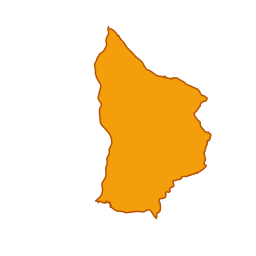 map outline of Lunda Sul (Equal Earth projection), rotated 313°
{"feature_id": "AGO-1875", "entity_name": "Lunda Sul", "entity_type": "Province", "adm_level": 1, "iso_a3": "AGO", "parent_name": "Angola", "parent_adm1": "", "projection": "equal_earth", "projection_center": [20.634, -9.903], "detail": "fine", "context": "isolated", "style": "filled", "palette": "amber", "viewbox_px": 256, "rotation_deg": 313, "n_neighbors": 0, "source": "natural_earth", "source_scale": "10m", "svg_char_len": 5750}
<svg xmlns="http://www.w3.org/2000/svg" viewBox="0 0 256 256"><g transform="rotate(313 128 128)"><path d="M188.3,44.8L188.0,45.1L187.8,45.7L188.3,47.0L189.2,49.1L189.5,51.4L189.4,53.7L188.4,57.8L188.6,57.9L188.7,58.0L188.9,58.1L189.2,58.1L188.5,59.8L188.1,61.4L187.2,68.7L186.9,69.0L186.6,70.8L186.2,72.1L185.9,76.3L186.0,79.0L185.4,85.1L185.9,90.5L185.8,92.6L185.4,94.8L184.2,98.1L183.9,100.0L183.5,101.1L183.5,101.8L183.6,102.3L184.3,103.4L184.6,104.0L185.1,106.1L185.5,110.8L185.9,113.0L186.9,115.1L189.4,118.5L189.9,120.6L190.2,120.4L190.8,120.1L191.0,119.9L191.1,121.6L191.6,123.1L193.8,126.6L194.2,126.9L194.5,126.8L194.8,126.4L195.2,126.7L195.9,127.5L197.4,128.8L197.9,129.6L198.2,130.8L198.5,132.6L199.3,135.5L199.7,137.8L199.9,138.4L199.6,140.1L200.3,142.5L201.3,144.9L202.0,147.4L202.9,149.6L203.2,151.2L203.8,152.1L203.9,152.7L203.9,153.3L203.7,154.4L203.6,154.9L203.4,155.7L202.5,157.6L202.3,158.7L202.4,159.8L202.7,160.6L203.2,161.3L203.6,162.4L203.7,164.6L203.7,165.6L202.2,166.3L201.0,166.4L200.7,166.3L200.4,166.2L200.2,166.1L199.6,165.5L199.1,165.2L197.0,164.5L196.6,164.5L195.8,164.5L195.5,164.5L195.2,164.4L194.8,164.5L194.5,164.9L194.2,165.2L194.1,165.4L193.5,165.7L187.0,166.5L184.6,166.4L183.9,166.4L183.5,166.6L183.2,167.0L183.0,167.4L182.3,169.0L181.9,170.6L181.7,172.2L181.5,173.0L181.4,173.3L181.4,174.0L181.6,176.0L181.6,176.3L181.4,176.7L181.2,177.1L180.0,178.3L179.6,178.8L178.7,180.2L178.7,180.4L178.6,180.7L178.6,181.4L178.6,181.7L178.4,182.8L178.4,184.6L178.3,184.9L178.2,185.1L178.0,185.5L177.8,185.9L177.8,186.1L177.8,186.4L178.0,187.2L178.2,187.6L178.5,188.0L178.6,188.5L178.7,188.8L178.8,189.0L179.1,189.3L179.5,189.3L179.7,189.6L179.5,190.1L179.5,190.4L179.5,190.7L179.7,191.2L179.8,191.4L179.6,193.1L179.2,193.6L178.0,194.1L177.4,194.5L175.6,195.6L175.2,195.7L174.2,195.7L173.6,195.6L173.4,195.5L173.2,195.0L173.0,194.9L172.6,195.3L172.4,195.3L171.8,195.2L171.6,195.3L171.4,195.4L171.3,196.0L170.9,196.6L170.7,196.8L168.2,197.4L167.6,198.0L167.3,198.2L165.7,198.7L163.7,200.0L162.7,200.4L161.5,200.6L161.1,200.8L160.8,201.0L160.8,201.3L160.9,201.5L160.3,202.7L160.0,203.2L159.8,203.4L159.4,203.7L159.1,203.9L159.0,204.1L158.9,204.4L158.5,205.0L158.3,205.5L158.2,205.7L158.0,206.0L157.6,206.2L157.5,206.4L157.3,206.5L157.0,206.6L156.1,206.5L155.9,206.5L155.4,206.9L154.7,207.4L153.6,208.3L153.5,208.6L153.4,208.9L153.5,209.2L153.8,210.1L153.8,210.5L153.8,210.9L153.6,211.1L151.9,211.2L148.6,211.0L147.9,210.8L147.5,210.6L147.1,210.5L146.5,210.5L146.0,210.5L145.4,210.3L143.8,209.5L143.3,209.4L142.6,209.5L142.3,209.6L141.8,209.2L141.7,208.7L141.2,207.9L140.6,207.8L139.8,208.0L139.4,207.8L139.2,207.7L138.0,206.6L137.7,206.5L135.9,205.8L135.5,205.6L135.3,205.4L135.2,205.2L135.0,204.7L134.9,204.5L134.7,204.4L134.4,204.4L134.0,204.5L133.6,204.5L132.6,204.1L132.2,203.7L131.9,203.4L131.7,203.2L131.4,202.6L131.2,202.4L131.1,202.2L130.4,201.8L130.0,201.4L129.5,201.1L129.0,200.8L128.7,200.7L128.4,200.8L128.0,201.0L127.5,201.5L127.3,201.5L127.1,201.5L126.4,201.1L126.2,201.0L125.5,200.9L125.3,200.8L125.2,200.6L124.8,199.9L124.6,199.8L124.4,199.6L123.3,199.1L122.6,198.9L122.3,198.7L121.7,198.2L120.9,197.8L120.7,197.7L120.5,197.3L120.2,197.2L119.9,197.2L119.4,197.5L119.1,197.8L118.9,198.1L118.8,198.3L118.5,198.7L118.2,199.3L117.8,199.8L117.3,200.7L116.7,201.2L115.7,201.0L115.4,200.9L115.1,200.6L114.6,200.4L114.3,200.0L114.0,199.9L113.6,199.9L112.9,200.1L111.7,200.0L111.3,200.3L111.1,200.5L111.0,200.8L110.9,201.3L110.8,201.6L110.5,201.9L110.2,202.0L109.7,202.0L109.1,201.8L108.8,201.6L108.7,201.4L108.4,200.6L108.3,200.3L107.8,200.1L107.4,200.0L106.9,199.6L106.5,199.5L106.2,199.8L105.0,201.3L104.8,201.5L104.6,201.7L103.1,202.3L102.4,202.4L102.2,202.4L101.8,202.3L99.8,201.2L98.2,199.7L97.6,199.6L96.0,200.1L95.5,200.8L95.4,201.3L95.3,201.7L95.3,201.8L95.2,202.0L94.9,202.7L93.7,204.1L93.3,204.6L92.4,205.5L91.9,206.1L91.6,206.3L89.5,207.8L89.2,208.0L88.8,208.0L87.0,208.0L86.7,207.9L86.2,207.5L85.8,207.4L85.2,207.4L84.8,207.5L84.6,207.6L84.4,207.8L83.8,208.5L83.6,208.9L83.1,209.4L81.2,210.2L81.2,208.9L81.5,206.8L81.9,205.6L82.2,204.2L83.0,201.7L83.0,200.4L82.4,199.2L81.6,198.3L80.3,197.7L78.2,197.1L77.3,196.5L76.4,195.6L74.5,193.0L72.7,191.1L64.4,184.1L64.0,182.7L63.5,181.6L62.9,180.6L60.8,178.0L60.1,177.0L59.5,175.7L59.1,174.3L58.9,172.9L58.7,170.0L58.6,169.6L58.4,169.5L58.2,169.3L58.3,168.9L58.6,168.5L58.8,168.6L59.0,168.9L59.3,168.9L60.0,168.4L60.0,168.1L59.5,167.4L60.1,167.1L60.3,167.1L60.2,166.5L60.2,166.1L60.5,165.8L60.9,165.6L60.6,165.5L60.1,164.9L60.2,164.7L60.4,164.4L60.6,164.2L60.1,164.0L59.7,163.6L59.5,163.1L59.5,162.4L59.0,163.1L58.1,162.5L57.7,162.1L57.3,161.6L57.1,162.0L56.8,161.3L56.1,160.5L55.9,158.9L55.4,158.0L55.2,157.3L54.7,157.3L53.9,156.8L53.3,156.9L53.6,156.1L53.8,155.8L52.8,154.5L52.1,154.1L59.2,154.6L62.1,153.8L65.5,151.6L66.5,150.5L68.3,148.1L69.5,147.0L70.6,146.5L71.6,146.2L75.5,145.5L78.2,144.3L79.3,143.5L80.2,142.7L82.2,140.3L83.4,139.2L84.3,138.6L87.2,137.5L89.2,135.7L90.7,133.9L92.2,132.9L95.9,132.0L97.1,131.2L98.1,130.4L99.4,128.9L105.0,127.1L107.6,124.9L109.3,122.4L110.6,119.8L111.0,118.4L111.3,117.1L112.3,106.6L112.6,105.1L113.0,104.4L113.4,103.8L114.3,102.8L120.3,96.1L122.0,94.6L123.3,94.0L125.5,93.5L126.7,92.8L127.5,91.8L127.8,90.7L128.4,88.3L128.8,87.1L129.2,86.1L129.8,85.5L135.9,81.9L138.6,80.6L140.3,79.4L141.1,78.1L141.7,76.6L142.3,74.0L142.7,72.7L143.9,69.9L145.9,66.7L148.8,64.1L150.0,62.1L151.5,60.5L152.7,59.8L153.5,59.5L155.2,59.2L156.2,58.8L158.3,57.7L159.4,57.5L160.3,57.5L162.5,56.8L164.3,57.0L166.3,57.6L169.0,57.5L174.1,55.9L174.9,55.1L175.5,54.2L175.7,53.7L176.0,53.3L176.8,52.4L178.1,51.5L180.5,50.4L183.7,49.6L184.5,48.8L185.4,47.6L186.0,46.5L188.2,44.8L188.3,44.8Z" fill="#f59e0b" stroke="#b45309" stroke-width="1.5"/></g></svg>